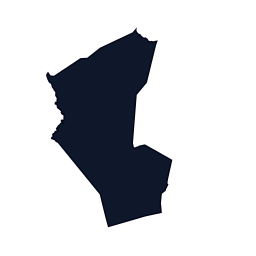 San Pedro Zacapa, Santa Bárbara, Honduras, rotated 328°
{"feature_id": "27666195B51644661429984", "entity_name": "San Pedro Zacapa", "entity_type": "district", "adm_level": 2, "iso_a3": "HND", "parent_name": "Honduras", "parent_adm1": "Santa Bárbara", "projection": "natural_earth1", "projection_center": [-88.13, 14.733], "detail": "fine", "context": "isolated", "style": "filled", "palette": "ink", "viewbox_px": 256, "rotation_deg": 328, "n_neighbors": 0, "source": "geoboundaries", "source_scale": "gbopen_adm2", "svg_char_len": 4593}
<svg xmlns="http://www.w3.org/2000/svg" viewBox="0 0 256 256"><g transform="rotate(328 128 128)"><path d="M186.6,48.8L182.7,50.1L146.8,45.8L130.5,47.6L124.6,44.3L92.7,45.2L89.4,42.7L89.3,39.0L89.1,39.1L88.9,39.2L88.4,39.4L88.3,39.5L88.0,39.5L87.8,39.6L87.6,39.7L87.4,40.0L87.2,40.3L87.0,40.6L86.9,40.8L86.8,41.0L86.8,41.4L86.8,41.6L86.6,42.2L86.3,43.3L86.2,44.0L86.1,44.3L86.0,45.3L86.0,45.7L85.9,46.1L85.8,46.4L85.8,46.8L85.9,47.3L85.9,47.6L86.0,47.9L86.1,48.1L86.4,48.5L86.5,48.8L86.6,49.1L86.7,49.3L86.6,49.8L86.6,50.6L86.6,50.8L86.5,51.1L86.5,51.3L86.4,51.6L86.1,52.1L85.9,52.6L85.9,52.9L85.8,53.2L85.8,53.8L85.8,54.1L85.8,54.3L85.9,54.7L86.1,54.9L86.1,55.1L86.1,55.3L86.0,55.6L85.9,56.0L85.8,56.4L85.7,56.6L85.7,56.8L85.7,57.0L85.8,57.3L85.8,57.5L86.0,57.9L86.1,58.1L86.1,58.4L86.1,58.5L86.0,59.1L86.0,59.4L85.8,59.8L85.7,59.9L85.5,60.3L84.9,61.1L84.6,61.4L84.5,61.5L84.4,61.6L84.3,61.8L84.2,62.1L84.1,62.6L84.0,62.9L84.0,63.2L84.0,63.5L84.1,64.0L84.1,64.4L84.2,64.9L84.1,65.0L83.8,65.5L83.5,66.0L83.2,66.3L83.0,66.5L82.7,66.8L82.6,67.0L82.4,67.4L82.3,67.7L82.2,68.0L82.2,68.3L82.2,68.5L82.0,68.8L81.9,68.9L81.8,69.0L81.7,68.9L81.5,68.7L81.3,68.6L80.8,68.3L80.5,68.1L80.4,68.1L80.2,68.1L79.8,68.2L79.7,68.4L79.6,68.5L79.4,68.6L79.4,68.8L79.3,69.0L79.4,69.3L79.6,69.6L79.8,69.7L79.8,69.8L80.0,69.9L80.1,70.1L80.2,70.4L80.2,70.7L80.2,70.9L80.2,71.1L80.1,71.5L80.0,71.8L79.8,71.9L79.7,72.0L79.6,72.3L79.7,72.5L79.4,72.8L79.4,73.0L79.3,73.4L79.3,73.6L79.3,73.9L79.4,74.0L79.5,74.3L79.8,74.8L80.0,74.9L80.1,75.0L80.0,75.3L80.0,75.6L80.1,75.9L80.1,76.1L80.3,76.3L80.5,76.5L80.6,76.9L80.6,77.1L80.5,77.6L80.5,78.2L80.5,78.4L80.6,78.8L80.5,79.0L80.3,79.3L80.0,79.4L79.9,79.5L79.7,79.6L79.7,79.9L79.7,81.3L79.7,81.5L79.8,81.6L80.0,81.7L80.5,81.2L80.8,81.3L80.9,81.5L80.9,81.9L80.9,82.2L80.8,82.5L80.6,83.1L80.4,83.5L80.1,84.3L79.8,84.8L79.6,85.1L79.4,85.3L79.2,85.5L78.7,86.3L78.5,86.8L78.3,87.0L78.2,87.1L78.0,87.3L77.8,87.4L77.6,87.6L77.4,87.6L77.2,87.5L77.0,87.4L76.8,87.2L76.7,87.1L76.5,86.7L76.4,86.6L76.2,86.4L75.8,86.4L75.7,86.4L75.6,86.5L75.4,86.6L75.3,86.8L75.2,87.0L75.2,87.4L75.4,87.8L75.5,88.1L75.5,88.6L75.5,88.9L75.5,89.1L75.4,89.2L75.4,89.4L75.3,89.5L75.1,89.5L75.0,89.4L74.9,89.2L74.6,89.0L74.3,88.8L73.9,88.6L73.6,88.6L73.4,88.6L72.5,89.0L71.7,89.3L71.4,89.3L71.1,89.3L70.8,89.3L70.2,89.4L69.8,89.6L68.6,90.1L67.3,90.7L67.1,90.8L67.0,91.0L67.1,91.3L67.3,91.4L67.4,91.5L67.6,91.6L67.7,91.8L67.6,92.1L67.6,92.3L67.4,92.4L67.0,92.2L66.8,92.4L66.4,92.7L66.2,92.9L65.9,93.0L65.7,93.1L65.3,93.0L65.2,93.0L65.1,92.8L64.9,92.7L64.7,92.7L64.3,92.7L64.1,92.8L63.9,92.8L63.7,93.0L63.5,93.3L63.3,93.4L63.0,93.6L62.9,93.7L62.7,93.7L62.4,93.6L62.0,93.5L61.7,93.4L61.4,93.4L61.2,93.5L60.9,93.7L60.8,93.8L60.7,94.0L60.4,94.8L60.1,95.3L60.0,95.6L59.9,95.8L59.6,95.8L59.3,95.8L58.8,95.8L58.5,95.8L58.3,95.9L58.2,96.0L57.8,96.5L58.1,96.8L58.9,97.8L59.2,98.2L59.5,98.5L59.7,98.8L59.8,99.1L59.9,99.6L59.9,99.9L59.9,100.3L59.9,100.5L60.0,100.7L60.1,101.0L60.3,101.6L60.7,102.2L60.9,102.5L61.2,102.7L69.6,169.5L68.1,173.9L62.1,192.2L59.4,201.1L96.1,211.5L97.5,212.0L111.4,217.0L115.5,208.8L121.1,201.5L121.4,201.2L121.8,201.1L122.0,201.0L122.4,200.9L122.8,200.9L123.2,200.8L124.0,200.8L124.3,200.7L124.6,200.5L124.8,200.5L125.1,200.5L125.8,200.7L126.2,200.6L126.6,200.3L126.8,200.1L127.2,199.6L127.5,199.4L128.1,199.1L128.4,198.9L129.0,198.6L131.6,196.9L131.5,196.3L131.4,195.8L131.5,195.5L131.6,195.2L134.4,192.0L147.8,178.4L133.2,151.5L132.7,151.3L132.1,151.0L130.9,150.7L130.5,150.5L130.0,150.3L129.3,150.0L128.9,149.8L128.3,149.7L128.0,149.6L127.6,149.6L127.4,149.6L127.0,149.6L126.8,149.6L126.7,149.6L126.2,149.4L124.4,149.0L123.7,148.9L123.4,148.8L123.0,148.7L122.8,148.6L122.6,148.5L122.4,148.3L122.3,148.2L122.2,148.0L122.2,147.8L122.1,147.5L122.1,147.2L122.2,146.9L122.8,145.1L123.0,144.6L123.2,144.2L123.3,143.8L123.3,143.4L152.5,103.9L167.7,98.9L195.2,72.1L198.2,69.7L197.3,69.3L197.2,69.2L196.9,69.1L196.6,69.1L196.4,69.0L196.0,69.0L195.5,68.9L195.2,68.5L194.3,67.9L194.1,67.7L193.8,67.4L193.6,67.2L193.4,67.0L193.1,67.0L192.7,67.1L192.4,67.1L192.2,66.8L191.9,66.6L191.9,66.3L191.6,65.8L191.4,65.5L191.1,65.4L190.9,65.2L190.8,64.9L191.1,64.1L191.1,63.5L191.1,63.0L191.0,62.5L190.8,62.4L190.6,62.0L190.6,61.5L190.4,61.0L190.2,60.9L189.8,60.9L189.4,60.7L189.1,60.4L188.9,60.1L188.6,60.0L188.4,59.7L188.1,59.0L188.0,58.7L187.9,58.2L187.9,57.9L187.8,57.5L187.6,57.5L187.4,57.6L187.4,57.3L187.4,56.9L187.5,56.1L187.5,55.8L187.4,55.2L187.0,54.7L186.6,54.2L186.2,53.5L186.0,52.4L185.9,51.5L185.9,50.8L186.1,50.0L186.2,49.3L186.6,48.8Z" fill="#0f172a" stroke="#020617" stroke-width="1.5"/></g></svg>